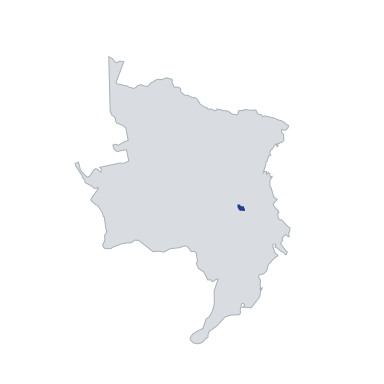 Aguadas, Caldas, Colombia (highlighted), rotated 168°
{"feature_id": "7082276B11413652619505", "entity_name": "Aguadas", "entity_type": "district", "adm_level": 2, "iso_a3": "COL", "parent_name": "Colombia", "parent_adm1": "Caldas", "projection": "mercator", "projection_center": [-75.406, 5.579], "detail": "fine", "context": "in_parent", "style": "filled", "palette": "blue", "viewbox_px": 384, "rotation_deg": 168, "n_neighbors": 0, "source": "geoboundaries", "source_scale": "gbopen_adm2", "svg_char_len": 5297}
<svg xmlns="http://www.w3.org/2000/svg" viewBox="0 0 384 384"><g transform="rotate(168 192 192)"><path d="M221.1,52.7L217.3,54.3L209.7,56.3L204.5,64.9L201.0,66.3L196.7,71.4L193.5,77.7L191.0,90.4L184.6,101.2L185.1,101.6L187.7,101.2L190.1,100.0L191.0,100.3L191.8,102.2L194.8,102.7L197.1,111.4L201.5,115.8L202.0,117.6L202.6,121.2L201.0,123.3L200.5,131.3L201.9,133.3L205.3,134.1L207.5,139.0L208.9,140.1L210.9,140.9L215.7,140.1L224.5,141.0L226.6,140.8L231.5,139.1L237.8,141.2L242.4,141.6L254.9,156.5L256.1,156.0L257.7,156.9L260.9,155.4L263.6,155.1L267.2,155.9L272.0,155.9L281.5,154.4L282.9,153.5L288.1,154.4L289.6,155.5L290.4,158.2L289.8,160.0L288.0,161.7L287.0,163.9L286.8,166.6L285.8,168.6L284.2,169.9L283.5,171.8L283.9,174.3L283.0,185.5L283.7,186.4L284.2,191.0L286.4,197.0L287.5,198.7L289.3,200.1L292.7,205.0L291.9,206.7L283.3,214.3L282.9,216.1L284.5,215.4L287.2,216.1L288.1,218.0L294.5,223.3L294.4,225.4L296.2,229.4L295.9,230.3L300.3,241.8L300.4,244.2L296.8,244.8L296.6,237.2L296.1,235.6L291.9,228.8L291.1,228.2L288.3,229.0L283.7,234.0L281.5,234.8L279.8,234.1L278.0,231.1L276.9,230.5L275.8,233.1L277.2,235.3L256.8,235.3L252.8,234.3L247.4,235.5L247.3,247.1L257.0,247.2L259.6,250.6L259.4,253.3L259.8,254.2L257.5,254.8L254.1,253.0L248.1,255.2L243.7,255.7L243.4,268.5L246.1,271.7L251.2,275.1L252.0,277.4L251.6,279.6L252.8,282.4L254.5,283.8L254.5,285.5L255.4,287.3L245.3,341.7L241.7,338.4L240.4,335.4L238.6,334.1L235.2,335.1L231.6,333.6L243.4,315.1L243.0,313.5L233.1,309.0L232.1,307.8L227.4,305.4L224.8,306.1L223.3,307.3L219.7,307.7L216.8,305.7L213.4,304.4L209.3,307.5L208.0,307.5L205.1,308.9L201.9,309.4L197.8,308.0L194.5,309.0L192.2,308.7L191.3,307.8L188.4,306.7L188.0,305.4L188.9,303.2L187.6,298.7L187.1,297.9L184.9,297.9L182.3,296.2L181.7,295.3L182.3,293.4L181.8,291.9L179.3,288.3L175.7,287.4L172.3,284.4L168.9,283.3L167.3,281.2L165.8,276.4L162.3,272.6L159.8,271.3L159.0,269.6L156.4,269.4L152.9,266.9L151.4,266.7L150.3,267.9L147.1,266.7L144.4,264.9L141.6,264.4L139.7,263.3L136.4,259.8L132.7,258.2L130.6,258.8L129.9,261.3L128.7,261.8L124.6,261.1L123.9,261.7L122.8,261.6L117.7,259.7L112.6,259.0L111.4,254.6L108.1,253.1L107.2,251.0L104.9,251.3L96.3,247.3L92.7,244.6L89.7,243.1L86.5,240.0L86.0,238.8L83.6,237.0L84.8,234.7L87.7,233.0L91.6,234.3L92.0,231.7L90.6,229.3L91.3,223.9L92.3,222.7L94.4,221.7L95.7,222.1L96.6,221.2L99.7,221.6L100.7,221.2L103.1,219.1L104.1,217.3L105.2,217.5L107.8,214.6L107.3,211.7L109.7,211.1L112.3,206.3L113.4,206.2L113.9,203.9L118.3,196.1L116.7,197.0L115.0,196.5L115.3,193.8L114.8,193.5L113.3,195.5L112.1,193.5L112.4,190.1L110.4,190.7L110.5,190.0L113.4,187.4L114.6,181.6L113.7,179.5L113.1,170.8L112.5,169.2L110.2,167.0L113.9,164.5L115.3,162.6L113.6,158.8L111.3,155.5L111.3,153.6L112.6,153.8L113.1,148.4L111.9,146.3L110.3,146.3L105.4,138.3L103.6,136.6L104.9,132.8L106.4,131.1L106.1,128.2L107.1,128.3L109.2,131.0L110.1,130.5L113.5,128.0L113.5,125.7L116.2,123.2L112.4,115.0L111.2,113.7L112.7,111.1L113.6,111.2L115.0,113.8L117.4,115.5L120.9,120.1L122.4,121.1L121.3,122.1L121.1,123.2L121.6,123.8L123.5,124.0L124.3,122.7L123.8,117.1L123.0,114.3L121.1,112.4L121.7,111.5L125.3,110.2L132.6,104.9L135.1,99.9L137.1,98.1L139.3,96.9L141.9,97.2L144.0,96.5L144.6,94.9L143.3,91.5L144.8,86.7L144.8,84.3L145.8,82.9L145.5,82.3L142.8,84.0L145.5,80.6L147.5,75.5L158.2,66.4L165.2,68.6L167.4,68.5L164.5,69.6L164.1,70.9L165.1,72.3L166.1,72.7L167.0,71.8L169.4,66.5L169.7,63.6L170.7,62.6L172.2,62.2L179.0,63.5L185.5,63.0L196.1,55.5L204.1,52.2L206.0,49.1L206.5,46.8L208.0,45.9L209.5,45.9L210.4,44.6L214.1,42.5L218.0,42.3L222.1,44.1L224.1,47.2L224.4,49.4L221.1,52.7ZM99.8,220.6L99.4,221.0L98.4,220.3L98.1,219.4L98.7,218.7L99.4,219.0L99.8,220.6Z" fill="#d9dde1" stroke="#a8b0b8" stroke-width="1"/><path d="M145.3,163.6L145.2,163.7L144.9,163.5L144.9,163.4L144.7,163.4L144.7,163.6L144.7,163.8L144.8,163.8L144.7,164.0L144.7,164.3L144.8,164.5L145.0,164.6L145.2,164.8L144.9,165.0L145.0,165.2L145.0,165.3L145.0,165.5L145.1,165.8L145.1,166.0L145.2,166.3L145.1,166.5L145.1,166.8L145.3,166.8L145.4,166.7L145.5,166.6L145.8,166.6L145.9,166.4L146.0,166.4L146.1,166.2L146.3,166.2L146.4,166.3L146.5,166.3L146.6,166.2L146.7,166.3L146.8,166.4L146.8,166.5L147.0,166.6L147.2,166.8L147.2,166.7L147.3,166.7L147.3,166.8L147.4,166.7L147.4,166.8L147.5,166.7L147.8,166.8L148.0,166.9L148.0,167.0L148.0,167.3L148.1,167.5L148.3,167.7L148.5,167.7L148.8,167.7L148.8,167.9L148.8,168.0L148.7,168.2L148.7,168.3L148.7,168.5L148.8,168.7L148.7,168.7L148.8,168.8L148.7,168.9L148.6,169.1L148.8,169.1L149.0,169.1L149.3,169.0L149.3,168.9L149.3,169.0L149.3,168.9L149.4,169.0L149.4,168.9L149.5,168.8L149.6,168.7L149.8,168.6L149.8,168.4L149.7,168.3L149.8,168.3L149.7,168.3L149.7,168.2L149.8,168.2L149.8,167.9L149.8,168.0L149.8,167.9L149.8,167.7L149.8,167.4L149.7,167.3L149.5,167.2L149.6,166.9L149.5,166.7L149.4,166.5L149.4,166.4L149.3,166.2L149.2,166.1L149.3,166.1L149.4,165.9L149.2,165.8L148.9,165.9L148.8,165.7L148.7,165.7L148.6,165.4L148.8,165.3L148.8,165.2L148.9,164.9L148.8,164.7L148.7,164.7L148.4,164.5L148.3,164.4L148.2,164.4L148.1,164.2L147.9,164.1L147.7,164.2L147.6,164.3L147.4,164.4L147.2,164.5L146.9,164.7L146.7,164.6L146.5,164.4L146.4,164.4L146.2,164.3L146.2,164.2L145.9,164.3L145.9,164.2L145.7,164.0L145.7,163.9L145.8,163.9L145.7,163.8L145.7,163.7L145.4,163.7L145.3,163.6Z" fill="#3b82f6" stroke="#1e3a8a" stroke-width="1.5"/></g></svg>